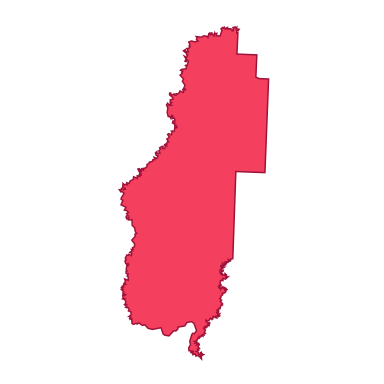 Moira, Victoria, Australia (Albers equal-area conic projection), rotated 272°
{"feature_id": "25037944B99849949120083", "entity_name": "Moira", "entity_type": "district", "adm_level": 2, "iso_a3": "AUS", "parent_name": "Australia", "parent_adm1": "Victoria", "projection": "albers", "projection_center": [145.363, -36.051], "detail": "fine", "context": "isolated", "style": "filled", "palette": "rose", "viewbox_px": 384, "rotation_deg": 272, "n_neighbors": 0, "source": "geoboundaries", "source_scale": "gbopen_adm2", "svg_char_len": 5969}
<svg xmlns="http://www.w3.org/2000/svg" viewBox="0 0 384 384"><g transform="rotate(272 192 192)"><path d="M150.2,136.8L148.8,138.2L147.8,136.4L145.8,136.9L141.8,133.5L138.2,136.4L135.2,136.4L134.3,134.5L132.3,135.2L132.5,133.5L131.0,134.3L129.6,132.0L128.3,134.1L126.2,133.5L127.6,131.1L126.5,130.3L126.8,129.1L123.3,127.6L122.0,128.6L120.7,127.4L118.3,128.2L117.2,129.5L118.2,130.3L117.8,131.2L116.2,130.9L116.0,129.4L111.9,128.9L110.9,129.8L110.0,128.8L108.3,129.1L107.9,131.1L105.8,130.1L104.9,131.2L101.5,131.4L102.7,127.8L100.1,128.6L98.2,127.2L97.5,128.8L96.8,126.8L95.6,126.7L95.4,124.9L94.9,127.5L94.1,124.9L92.4,126.4L92.2,124.8L89.8,127.2L88.7,126.4L87.0,129.3L86.3,127.9L87.3,127.0L86.5,126.3L83.5,126.9L83.3,128.1L82.7,126.7L82.2,128.6L79.6,129.8L77.9,129.1L77.2,130.2L76.9,128.7L74.9,131.0L74.4,130.1L73.8,132.6L72.3,133.3L71.0,132.6L69.8,135.4L66.9,135.3L65.4,133.3L65.2,134.9L63.6,134.2L63.6,135.3L62.8,134.9L63.2,136.1L58.4,136.7L57.7,138.1L58.8,140.7L58.1,141.8L59.4,143.4L57.0,146.9L57.5,149.6L54.2,152.9L53.3,157.3L55.3,165.8L49.1,168.1L47.9,169.9L47.4,174.0L52.6,178.5L52.6,180.8L54.7,182.7L56.4,182.5L57.9,189.4L61.5,191.6L62.4,195.9L60.9,198.5L53.6,201.4L50.5,199.3L50.8,197.6L49.6,196.8L42.8,195.0L39.4,195.8L36.0,194.1L33.3,194.5L32.9,198.2L32.0,197.4L32.7,196.7L31.7,196.4L31.1,197.6L31.7,198.7L29.5,198.5L30.3,201.0L28.3,201.5L28.8,204.2L27.8,204.8L28.5,206.4L26.8,206.0L25.5,207.3L28.3,207.0L29.9,209.1L30.0,207.2L30.8,208.4L30.7,207.5L32.2,206.8L31.6,205.9L30.1,206.3L30.1,204.5L32.6,203.4L32.8,202.0L34.3,204.3L34.9,203.1L36.0,203.6L36.0,204.7L37.8,203.3L39.6,204.6L40.8,204.1L39.8,202.3L41.1,203.1L41.1,200.4L42.2,201.7L42.9,199.9L43.3,201.9L46.4,203.0L45.8,203.9L46.7,204.8L47.9,204.2L47.7,206.0L49.2,206.4L48.3,207.9L49.7,207.7L49.4,209.0L50.5,209.0L51.2,210.3L52.1,209.2L54.4,210.3L56.1,208.3L57.8,209.4L56.8,209.9L57.7,210.3L57.0,211.1L58.3,212.2L59.6,211.9L59.0,213.7L61.2,214.2L60.7,213.2L61.9,213.6L61.6,212.7L63.0,210.6L64.4,210.5L63.7,211.4L63.9,213.3L66.4,214.6L65.3,216.2L66.0,216.3L65.8,217.8L66.4,216.9L68.3,217.6L67.8,218.2L68.5,219.7L67.3,219.7L67.1,220.9L68.1,220.1L68.9,221.5L68.1,222.3L69.2,224.1L69.8,224.0L69.5,222.2L71.1,223.5L70.6,222.0L72.0,222.1L72.3,220.2L72.7,222.4L74.2,221.3L73.9,222.5L74.9,222.0L74.8,223.4L75.4,222.2L76.6,222.9L76.4,224.1L79.8,224.9L80.2,227.0L80.4,225.9L81.4,226.4L83.7,224.2L84.8,225.3L87.0,223.0L86.5,224.2L89.1,224.8L90.5,226.3L91.8,225.7L92.4,228.4L94.1,229.4L94.8,228.5L95.7,230.4L96.8,229.2L95.6,228.5L96.7,228.0L96.2,226.8L97.5,228.1L98.1,226.9L97.4,226.1L98.2,225.5L96.1,224.2L97.1,224.2L96.6,222.8L98.0,221.9L98.5,223.4L99.5,222.4L99.9,224.4L102.5,223.0L104.5,223.8L104.5,225.8L106.2,225.2L105.4,226.0L106.7,226.0L106.1,228.5L108.5,230.9L108.1,228.9L110.3,229.4L111.6,227.9L109.7,227.9L110.5,226.9L110.0,225.2L112.2,225.1L110.8,224.6L111.3,223.3L112.7,222.9L111.4,224.2L113.4,224.0L113.7,225.7L114.6,225.9L114.2,225.0L115.4,223.2L116.4,225.3L117.5,223.8L119.1,223.2L119.6,224.0L117.6,224.4L118.0,226.7L119.4,225.0L119.5,226.8L120.4,225.0L121.4,225.0L120.1,225.9L120.8,228.2L121.4,228.7L122.0,227.0L122.8,229.5L123.3,228.2L124.0,231.6L125.7,230.7L124.7,232.9L126.3,233.1L126.8,235.1L214.0,235.1L213.9,264.2L307.6,264.6L307.7,254.8L309.1,251.8L331.3,252.0L331.4,232.1L353.1,232.3L352.5,231.2L355.6,231.2L355.3,232.7L356.2,233.4L356.7,230.7L358.0,230.9L357.4,230.3L358.5,229.4L357.7,227.5L358.2,226.7L356.8,227.9L354.7,227.5L354.4,226.6L356.1,225.9L356.6,223.8L355.9,222.8L357.0,222.1L356.3,220.7L357.3,221.1L356.4,219.4L357.9,218.4L356.8,217.5L357.4,216.7L356.1,215.3L354.4,216.3L348.8,214.5L349.1,210.8L351.4,211.3L350.9,209.5L351.7,209.2L348.9,208.5L350.3,207.8L350.0,206.8L350.8,206.5L350.1,206.1L351.7,206.2L351.3,204.7L350.2,204.6L351.4,203.9L350.9,203.3L346.9,202.5L348.2,201.2L348.5,198.4L347.0,195.7L347.5,190.8L346.1,191.7L344.5,191.1L343.0,192.8L342.1,189.6L342.9,186.2L341.8,183.5L339.3,184.8L337.8,184.0L337.1,185.0L335.4,183.7L335.2,181.8L331.9,183.4L331.9,180.8L334.0,180.3L332.8,178.5L330.2,181.9L329.0,181.8L328.8,182.9L326.3,181.9L327.4,179.7L324.6,181.5L322.5,180.4L322.0,181.5L323.6,182.7L322.6,183.8L318.7,182.9L318.2,180.4L317.7,182.2L314.9,181.8L314.2,177.4L313.3,176.3L312.3,178.5L311.2,177.5L310.1,178.1L308.4,176.0L304.7,179.6L302.3,178.5L298.4,181.3L295.6,180.2L294.3,182.0L293.7,181.3L294.7,179.9L294.2,179.1L292.0,180.2L291.1,179.5L292.6,176.5L289.8,175.2L289.6,172.6L288.2,172.7L288.2,171.3L289.4,170.6L287.8,167.8L290.2,167.2L290.1,166.2L288.3,166.2L285.6,169.5L284.0,169.8L283.5,167.1L280.9,167.1L280.7,168.5L278.9,166.7L278.1,168.3L277.6,166.2L279.9,164.6L278.1,163.5L275.1,164.9L270.5,164.4L266.6,165.6L266.5,167.4L265.2,168.1L267.8,169.0L267.5,170.1L264.6,169.6L265.3,171.7L263.3,172.4L262.3,172.1L262.3,170.5L260.3,170.1L259.6,171.2L260.5,172.3L256.5,172.6L257.8,173.9L256.2,174.7L255.4,173.9L255.7,172.5L252.3,172.2L252.1,169.3L251.0,170.0L248.4,169.2L249.5,166.7L248.7,165.6L245.9,167.5L244.0,165.0L241.2,166.8L240.8,165.3L237.5,165.1L239.0,164.0L238.4,163.0L236.1,163.8L234.3,162.8L234.4,161.2L236.6,161.6L236.5,160.4L235.1,158.1L233.7,158.9L231.9,157.4L229.7,158.7L229.3,155.5L231.1,155.5L229.9,154.1L227.4,155.0L227.0,156.9L224.2,155.6L225.4,152.9L223.1,153.7L222.9,151.8L221.3,151.6L220.3,148.2L218.9,147.9L217.9,146.0L216.2,146.3L214.3,144.5L213.8,142.2L211.6,143.3L213.4,140.8L212.2,140.1L210.8,140.8L210.3,140.0L213.5,138.6L213.0,137.1L209.1,139.3L207.2,138.6L208.1,140.5L207.1,140.7L205.7,139.1L206.3,136.7L203.7,136.7L205.2,133.1L202.5,132.9L200.9,129.8L198.3,128.8L199.0,126.5L196.9,127.0L197.4,125.4L196.7,124.3L198.1,122.7L194.3,122.6L193.2,125.1L192.4,125.2L191.9,123.9L193.1,121.4L191.6,121.2L191.7,119.4L189.6,120.9L189.9,122.2L188.3,124.2L183.8,121.6L182.2,121.4L181.3,123.2L176.7,121.5L174.4,126.6L171.6,125.0L171.0,127.6L169.5,129.2L168.2,127.4L166.5,128.8L165.6,127.2L164.3,127.0L162.8,127.9L164.5,129.6L161.9,129.4L162.1,133.0L156.6,133.4L154.2,135.9L150.2,136.8Z" fill="#f43f5e" stroke="#9f1239" stroke-width="1.5"/></g></svg>